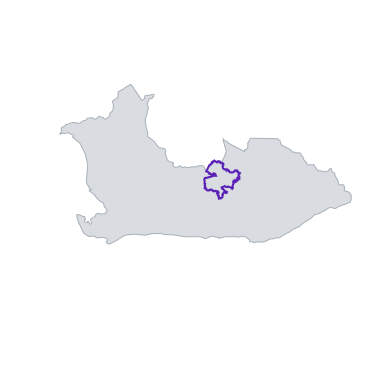 Atalaya, Ucayali, Peru shown in context, rotated 297°
{"feature_id": "86281439B8185732836313", "entity_name": "Atalaya", "entity_type": "district", "adm_level": 2, "iso_a3": "PER", "parent_name": "Peru", "parent_adm1": "Ucayali", "projection": "natural_earth1", "projection_center": [-73.051, -10.43], "detail": "fine", "context": "in_parent", "style": "outline", "palette": "violet", "viewbox_px": 384, "rotation_deg": 297, "n_neighbors": 0, "source": "geoboundaries", "source_scale": "gbopen_adm2", "svg_char_len": 9074}
<svg xmlns="http://www.w3.org/2000/svg" viewBox="0 0 384 384"><g transform="rotate(297 192 192)"><path d="M261.4,113.1L261.3,114.1L260.2,114.6L259.1,113.9L257.6,114.1L255.4,111.7L249.9,112.1L247.5,114.9L244.0,115.5L240.0,116.8L235.6,117.3L228.6,121.8L227.0,123.6L223.9,126.3L221.3,127.2L220.0,135.3L217.5,140.0L216.5,142.7L217.9,146.6L217.9,148.5L216.5,150.1L215.3,150.2L212.9,151.9L209.4,155.5L208.7,158.2L209.9,161.9L209.5,162.3L206.6,163.0L206.6,165.0L206.0,165.8L208.5,168.7L209.9,169.4L210.0,170.1L209.7,170.9L209.2,171.2L209.1,171.9L210.9,174.0L212.2,178.4L214.8,180.5L214.9,181.9L215.6,183.3L217.0,184.3L220.1,188.7L220.2,190.7L216.9,195.3L222.3,195.3L228.2,196.9L229.1,197.6L229.8,199.7L229.9,201.1L231.1,202.2L230.9,204.7L238.8,204.8L243.8,204.1L252.1,196.4L253.4,195.7L252.7,197.4L252.6,198.6L253.0,200.0L252.0,201.9L251.9,220.7L253.4,219.7L255.3,221.5L256.7,221.6L261.2,219.4L266.5,219.8L278.5,244.5L277.5,246.1L277.5,247.4L276.0,248.5L274.5,250.5L274.4,260.3L273.2,263.2L273.9,264.8L274.5,267.9L275.6,269.8L275.9,271.0L275.8,271.5L274.1,272.5L274.0,274.3L270.9,277.8L270.4,280.2L269.2,281.0L269.0,283.6L271.7,288.0L270.0,290.6L268.3,294.4L271.0,302.5L272.2,303.7L273.4,303.6L275.2,304.3L276.1,305.5L273.9,307.1L273.5,307.7L273.7,310.4L271.2,312.4L268.0,317.5L267.1,317.7L265.4,319.3L265.2,320.0L265.4,320.8L266.8,322.3L267.0,324.1L264.6,326.4L263.0,326.7L262.3,327.3L263.0,330.4L263.0,331.9L262.5,333.5L261.3,335.3L257.8,337.2L254.6,337.5L249.3,332.9L247.6,330.9L242.2,327.0L241.4,322.8L239.6,320.8L236.3,319.2L233.7,317.1L231.8,316.1L227.0,311.4L222.5,309.9L214.3,305.0L209.9,303.4L204.2,298.7L201.1,297.5L198.7,295.3L191.2,290.8L190.0,289.3L188.9,287.1L187.2,285.7L185.3,282.6L182.6,280.8L179.9,278.4L176.6,271.9L175.0,270.4L174.9,267.5L173.8,266.1L175.4,265.2L176.4,260.6L175.9,258.3L172.1,252.1L171.3,249.6L168.6,244.9L167.5,242.0L165.3,240.0L164.4,238.2L163.1,237.4L163.1,235.2L162.2,231.1L161.0,229.0L156.5,225.1L156.1,220.9L155.1,218.0L148.9,206.1L145.3,194.7L142.3,188.3L141.1,184.6L140.9,182.7L138.7,179.3L137.5,176.2L132.5,170.3L129.6,163.6L129.2,161.7L127.2,158.0L124.0,153.3L122.4,151.4L112.7,145.6L108.2,142.0L107.7,140.2L107.9,139.1L108.9,138.1L110.2,138.9L111.1,138.6L111.7,137.3L111.7,135.3L110.9,132.8L107.8,127.9L108.6,125.6L105.5,120.0L106.2,114.4L106.9,113.0L111.5,107.4L112.8,105.1L114.8,103.6L116.8,101.3L119.3,99.6L120.0,100.2L120.7,103.2L120.6,105.2L121.3,107.4L119.6,109.4L117.8,109.0L117.0,109.5L116.8,110.4L117.1,112.0L117.5,112.6L118.9,112.6L117.1,115.6L117.2,116.2L118.5,116.7L119.7,115.9L121.1,114.3L121.8,114.0L126.6,116.9L128.7,116.5L130.4,117.9L130.6,120.0L133.0,124.1L136.5,125.1L137.0,124.7L137.8,123.2L138.6,123.0L138.8,120.7L141.8,118.3L142.2,116.6L141.8,115.4L141.9,114.5L143.6,109.1L144.2,108.6L144.7,106.8L145.4,105.8L146.4,99.8L147.3,99.8L148.1,101.2L149.0,100.8L148.5,99.5L148.7,99.0L152.0,94.2L153.1,93.2L169.3,86.5L177.4,79.7L184.5,70.1L186.7,60.5L187.5,61.2L188.9,60.9L188.4,57.0L188.8,55.2L188.7,54.6L186.5,52.3L185.6,49.8L183.6,48.3L183.7,47.8L185.8,48.3L187.6,48.1L189.2,46.5L190.4,46.6L193.1,48.8L195.0,49.0L195.7,50.5L197.6,51.7L200.3,55.0L201.5,58.6L201.4,59.3L202.7,61.2L205.3,62.1L207.9,64.8L210.6,65.6L211.9,68.1L212.6,68.8L213.0,70.2L212.6,71.8L213.0,72.7L215.0,74.1L216.7,74.2L217.1,74.9L218.0,78.9L217.4,80.9L217.6,82.0L219.9,83.0L220.6,83.8L222.4,84.0L224.9,83.1L228.1,84.4L230.5,83.9L231.6,83.6L232.7,82.7L233.7,82.7L236.2,80.2L236.9,80.0L239.5,81.1L241.8,82.9L244.5,82.5L245.7,81.5L247.6,80.8L251.2,83.0L252.0,84.0L253.0,84.2L256.9,86.3L257.6,87.2L259.6,88.0L260.0,88.7L259.9,89.5L250.8,105.9L253.6,107.2L256.3,106.4L257.6,107.5L258.6,110.1L260.7,111.9L261.4,113.1Z" fill="#d9dde1" stroke="#a8b0b8" stroke-width="1"/><path d="M231.0,204.7L231.0,204.4L231.3,204.3L231.4,204.1L231.2,203.9L231.3,203.7L231.0,203.6L231.2,203.2L231.4,203.2L231.4,202.9L231.6,202.7L231.4,202.6L231.3,202.0L231.2,202.0L231.4,201.4L230.9,201.1L230.5,201.1L230.1,200.7L229.8,200.7L229.9,200.4L229.9,200.1L230.1,199.2L229.9,199.0L230.0,198.5L229.8,198.6L229.5,198.3L229.6,197.3L229.3,197.2L229.1,197.4L228.8,197.0L228.7,197.0L228.8,196.9L228.7,196.7L228.4,196.5L228.1,196.6L227.9,196.3L227.6,196.5L227.4,196.3L227.2,196.5L226.6,196.4L226.3,196.6L226.0,196.2L225.8,196.2L225.8,196.3L225.7,196.1L225.4,196.1L225.1,195.9L225.0,196.0L224.8,195.8L224.6,195.8L224.3,195.7L224.2,195.8L224.1,195.7L223.9,195.7L223.7,195.6L223.6,195.3L217.0,195.3L217.1,195.5L217.0,195.8L217.1,196.1L216.9,196.4L217.2,197.1L217.0,197.4L217.0,197.8L216.8,197.9L216.8,198.6L216.7,198.8L216.8,199.1L216.8,199.3L216.5,199.2L216.0,199.3L216.1,199.6L216.4,200.4L216.4,200.7L216.5,201.3L216.6,201.7L216.8,201.9L216.7,202.1L216.9,202.3L217.0,202.6L217.5,202.5L218.4,202.7L218.4,202.9L218.2,203.1L218.2,203.4L218.5,203.7L218.5,203.8L218.8,204.2L218.7,204.5L218.4,204.5L218.4,204.8L217.7,205.3L217.6,205.5L217.3,206.1L217.1,205.9L217.1,205.4L217.2,204.9L216.8,204.7L216.7,204.2L216.1,203.9L215.9,203.7L215.5,203.0L214.7,202.5L214.7,201.9L214.3,201.8L213.5,201.4L213.3,200.7L212.7,200.1L212.4,200.0L212.0,199.2L211.4,199.0L211.0,198.2L210.7,197.9L210.7,197.4L210.3,197.1L209.6,197.3L209.3,197.2L208.6,197.2L207.8,198.2L206.6,198.5L206.3,198.9L205.4,199.2L205.1,199.7L205.2,200.0L204.7,200.1L204.3,199.9L204.1,200.0L203.8,200.3L203.6,200.9L203.1,201.1L202.6,201.0L202.2,201.3L202.1,201.6L201.8,201.5L201.7,201.9L201.5,202.1L201.5,202.5L201.0,202.2L201.0,202.6L201.2,203.0L201.0,203.4L200.7,203.5L200.5,203.9L200.3,204.4L200.5,204.8L200.4,205.1L200.6,205.5L200.8,205.5L200.9,205.8L200.9,206.2L201.1,206.5L201.6,206.4L201.8,206.5L202.0,207.3L202.7,207.5L202.9,207.6L203.0,207.8L202.9,208.1L203.0,208.3L203.0,209.1L202.9,209.4L202.7,209.5L202.9,209.8L202.5,210.4L202.8,210.8L202.8,211.2L202.6,211.3L202.8,211.7L203.0,211.7L203.0,211.8L203.7,212.4L203.6,212.7L204.3,214.2L204.2,214.6L204.3,215.2L204.2,215.3L204.2,215.1L203.8,214.8L203.5,214.8L203.3,214.7L203.0,214.7L203.0,215.0L202.7,215.1L202.6,215.5L202.2,215.3L202.2,215.5L201.8,216.0L201.5,216.3L201.3,216.7L201.2,216.7L200.9,216.5L200.8,216.8L201.0,217.2L200.8,217.6L200.2,217.6L199.7,218.0L199.5,217.9L199.4,218.1L199.5,218.3L199.5,218.8L199.2,219.0L198.6,218.8L198.3,219.0L199.2,219.8L199.3,220.6L200.0,220.6L200.6,221.2L201.0,221.5L201.4,221.4L201.8,221.1L202.3,221.1L202.6,220.8L203.3,220.9L203.5,220.3L204.0,220.5L204.2,220.4L204.7,220.3L205.3,220.5L205.6,220.4L206.0,220.4L206.4,221.7L206.3,222.0L206.4,222.6L206.7,223.0L207.3,222.8L207.6,223.3L208.0,223.2L208.0,222.9L207.9,222.1L208.0,220.2L208.1,219.9L208.5,219.3L208.5,219.1L208.7,218.8L208.6,218.6L208.6,218.3L208.5,218.0L208.6,217.4L209.0,217.3L209.1,217.0L209.1,216.6L209.4,216.4L209.6,216.3L209.8,216.6L210.6,217.2L210.7,217.4L211.4,218.1L212.1,218.3L212.1,219.5L211.9,219.8L212.1,220.2L212.2,220.8L212.4,220.9L212.4,221.3L212.6,221.5L213.2,221.6L213.3,222.0L213.4,222.5L213.6,224.3L213.4,225.1L213.5,225.3L213.2,225.6L213.1,226.1L213.4,226.0L213.6,226.4L214.1,226.7L214.5,226.5L214.6,226.1L214.9,225.9L215.1,225.5L216.3,225.5L216.5,225.3L216.8,225.3L216.9,225.2L217.1,225.2L217.5,225.2L218.0,225.2L218.6,224.9L218.9,225.1L219.4,224.8L219.5,224.2L220.1,223.9L220.2,224.0L220.2,224.8L220.4,224.7L220.4,224.9L220.5,224.9L220.6,225.2L220.4,225.2L220.4,225.4L220.7,225.4L220.6,225.7L220.3,225.6L220.2,225.8L220.3,225.9L220.5,226.0L220.8,225.8L220.7,226.0L220.8,226.2L221.2,226.3L221.3,226.0L221.4,226.4L221.7,226.2L221.8,226.4L221.9,226.5L222.0,226.5L221.9,226.7L222.2,226.8L222.2,226.6L222.3,226.5L222.5,226.7L222.5,226.4L222.6,226.7L223.0,226.5L223.3,226.1L223.5,226.1L223.6,226.3L223.6,226.1L223.8,226.2L223.7,226.3L223.7,226.6L223.9,226.6L224.0,226.9L224.3,226.7L224.3,226.8L224.5,226.9L224.6,227.1L224.8,227.2L225.0,227.2L224.9,227.3L225.1,227.4L225.1,227.6L225.2,227.2L225.3,227.4L225.3,227.6L225.5,227.4L225.5,227.5L225.8,227.4L225.9,227.7L226.1,227.5L226.1,227.3L226.1,227.5L226.3,227.4L226.3,227.2L226.4,227.3L226.5,227.3L226.4,227.1L226.6,227.1L226.6,226.8L226.7,227.0L226.8,226.9L226.7,226.8L226.8,226.7L226.9,226.8L227.0,226.7L227.1,226.8L227.2,226.7L227.3,226.7L227.5,226.4L227.6,226.2L227.8,226.2L228.0,226.0L228.2,225.9L228.5,225.9L228.6,225.7L228.8,225.7L229.0,225.6L229.2,225.4L229.5,225.6L229.6,226.0L229.8,225.9L230.0,226.1L230.6,226.1L230.4,225.3L230.7,224.8L230.6,224.4L230.7,224.2L230.7,223.7L230.9,223.5L230.6,223.3L230.8,223.1L231.0,223.1L231.1,222.8L231.6,222.7L231.7,222.3L231.3,221.9L231.0,222.1L230.9,222.0L230.9,221.5L230.8,221.3L231.0,221.1L230.9,220.7L230.5,220.8L230.1,220.3L229.8,220.1L229.1,220.3L228.9,220.1L228.7,220.1L228.0,219.5L227.9,219.2L227.7,219.1L227.5,218.7L227.6,218.4L227.4,218.1L227.0,217.6L226.8,217.3L226.8,216.9L227.0,216.6L227.0,216.0L227.1,215.9L227.2,215.4L227.3,214.8L227.9,215.0L228.1,214.1L228.1,213.8L228.2,213.4L228.2,213.2L227.8,212.9L227.1,212.8L227.6,212.4L227.7,212.2L227.6,211.7L227.2,211.3L227.1,210.9L226.9,210.7L227.1,210.2L226.9,209.9L227.0,209.4L227.3,208.7L227.7,208.4L228.4,208.1L228.4,207.8L228.9,207.5L230.1,207.7L230.3,207.3L231.3,207.3L231.5,206.9L231.4,206.2L231.5,206.1L231.2,205.9L230.8,205.0L230.8,204.8L231.0,204.7Z" fill="none" stroke="#5b21b6" stroke-width="2"/></g></svg>